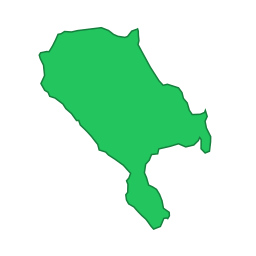 Letymvou, Paphos, Cyprus, rotated 353°
{"feature_id": "46923920B68509889171305", "entity_name": "Letymvou", "entity_type": "district", "adm_level": 2, "iso_a3": "CYP", "parent_name": "Cyprus", "parent_adm1": "Paphos", "projection": "natural_earth1", "projection_center": [32.523, 34.848], "detail": "fine", "context": "isolated", "style": "filled", "palette": "green", "viewbox_px": 256, "rotation_deg": 353, "n_neighbors": 0, "source": "geoboundaries", "source_scale": "gbopen_adm2", "svg_char_len": 1544}
<svg xmlns="http://www.w3.org/2000/svg" viewBox="0 0 256 256"><g transform="rotate(353 128 128)"><path d="M48.8,44.8L49.4,48.4L51.8,55.3L51.6,65.8L47.0,73.3L49.9,80.4L53.0,82.8L54.2,87.0L59.3,89.4L62.9,92.9L66.3,96.2L68.7,101.2L73.7,106.8L77.8,114.3L80.0,114.5L81.0,119.2L83.4,122.1L87.0,126.6L90.9,132.2L92.6,135.1L96.0,140.7L96.7,146.3L102.9,149.1L105.3,152.4L111.1,157.2L118.9,164.4L122.2,169.2L125.1,173.3L122.8,177.8L120.1,180.2L121.1,183.9L119.9,191.8L117.7,194.0L117.7,199.1L119.4,203.4L124.3,207.1L126.0,209.7L128.5,213.2L131.1,216.6L134.6,220.6L136.2,223.3L138.9,228.3L141.1,231.5L143.7,230.8L148.1,229.7L149.6,227.3L152.5,222.1L155.2,222.0L156.4,222.8L158.4,220.2L158.6,216.7L153.4,212.0L152.9,204.4L151.2,197.8L148.8,192.4L145.4,189.6L141.5,187.1L140.3,179.5L138.8,174.5L141.1,166.1L145.2,162.5L148.1,157.2L154.3,157.2L156.0,152.5L167.6,151.3L176.2,149.8L183.0,153.8L191.2,152.9L196.2,149.1L198.0,146.2L199.2,148.5L198.0,157.5L201.5,162.2L206.0,161.0L208.2,152.0L209.0,146.7L207.3,141.9L205.8,137.6L205.3,130.7L208.0,126.2L206.9,120.0L205.9,121.9L201.4,123.2L193.4,122.5L191.0,117.9L189.8,110.3L186.6,105.4L185.9,99.5L183.0,94.3L172.4,89.4L168.1,89.9L164.5,84.9L157.5,70.3L152.5,57.6L150.8,53.3L148.1,46.4L149.5,42.6L149.6,37.1L150.0,33.1L149.6,30.8L149.2,31.0L143.5,32.3L138.7,37.1L136.0,37.7L129.2,35.8L125.1,33.4L120.6,28.9L113.8,25.2L106.6,25.2L98.9,25.2L89.8,25.2L83.5,25.8L76.8,24.5L73.1,26.3L70.0,26.5L66.9,31.7L63.2,37.3L59.0,42.6L56.4,42.2L50.4,42.7L48.8,44.8Z" fill="#22c55e" stroke="#15803d" stroke-width="1.5"/></g></svg>